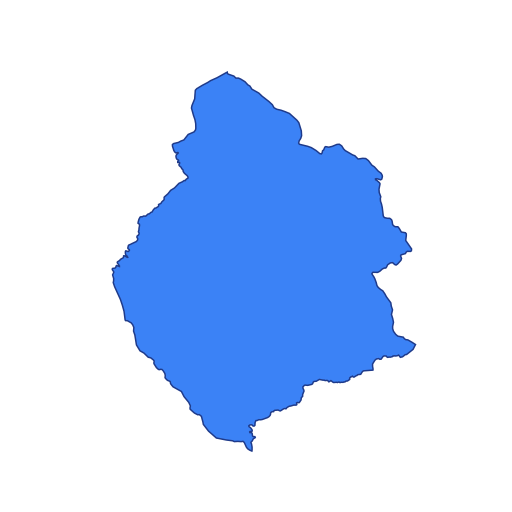 Xaysathan, Xaignabouri, Laos (Natural Earth projection), rotated 143°
{"feature_id": "54806243B87801553975082", "entity_name": "Xaysathan", "entity_type": "district", "adm_level": 2, "iso_a3": "LAO", "parent_name": "Laos", "parent_adm1": "Xaignabouri", "projection": "natural_earth1", "projection_center": [101.39, 19.388], "detail": "fine", "context": "isolated", "style": "filled", "palette": "blue", "viewbox_px": 512, "rotation_deg": 143, "n_neighbors": 0, "source": "geoboundaries", "source_scale": "gbopen_adm2", "svg_char_len": 6136}
<svg xmlns="http://www.w3.org/2000/svg" viewBox="0 0 512 512"><g transform="rotate(143 256 256)"><path d="M181.9,89.3L183.2,92.9L185.2,97.6L186.8,99.2L187.3,100.9L187.2,102.5L191.0,106.7L191.6,109.5L191.5,113.1L190.6,115.7L189.3,117.5L186.1,120.3L184.4,123.9L183.0,127.8L179.4,130.8L178.1,134.6L176.5,137.5L176.4,145.0L175.9,148.1L175.7,151.9L176.6,154.2L177.3,157.3L177.2,159.6L176.0,162.4L174.8,166.3L174.4,168.6L174.3,171.3L173.9,172.3L172.4,172.6L168.7,169.7L166.3,169.3L162.8,169.6L160.7,169.1L159.6,168.3L158.4,168.6L156.1,169.8L152.8,169.6L150.9,168.5L150.4,165.8L149.6,164.5L147.8,164.4L142.9,165.3L141.2,166.5L140.5,169.0L139.4,169.6L135.2,168.0L133.8,168.7L132.4,168.7L129.9,166.7L128.8,166.6L127.5,168.0L127.1,178.3L123.7,181.8L122.6,183.3L122.7,184.7L125.5,187.7L125.0,191.9L125.1,194.0L127.3,195.7L127.8,197.1L128.0,198.8L126.3,202.0L125.9,203.5L126.5,205.6L128.4,207.1L130.2,209.2L130.4,210.3L130.2,211.5L125.9,218.9L124.5,222.0L123.6,224.8L122.1,227.1L120.7,228.2L119.4,232.5L117.6,235.3L113.5,239.0L113.3,240.2L114.0,243.7L114.6,245.0L114.1,245.7L112.9,245.0L110.6,241.8L109.3,241.7L107.3,243.3L106.6,244.6L106.3,246.8L107.3,250.1L107.8,255.9L108.8,258.8L108.8,264.5L109.7,267.8L112.0,269.8L116.1,272.0L116.7,276.6L118.0,278.6L121.3,286.5L121.6,288.6L121.3,292.4L122.2,295.1L124.2,296.4L129.2,297.7L132.4,299.1L134.5,301.4L135.6,301.5L138.1,300.0L139.5,300.0L141.1,298.6L142.3,298.2L143.4,299.3L144.6,304.2L146.6,309.3L148.7,312.5L154.1,319.1L154.0,320.5L152.2,322.0L149.5,323.0L147.2,324.6L144.5,328.7L141.6,336.6L141.6,339.7L143.5,349.7L146.0,353.9L148.3,357.4L151.1,360.7L152.4,363.6L151.9,366.9L152.7,371.5L155.0,380.1L155.7,384.4L158.9,391.7L158.6,395.4L159.5,397.6L159.9,401.8L161.7,406.4L162.9,408.6L165.0,410.2L165.4,413.0L168.7,417.9L168.9,419.0L168.3,420.2L179.8,421.8L186.8,423.4L189.9,423.6L196.0,424.6L202.5,425.3L204.7,424.9L210.4,418.4L216.6,414.7L218.5,413.0L221.3,405.9L222.7,401.6L224.5,398.0L227.2,394.2L228.6,393.0L230.9,392.4L237.0,393.9L243.8,392.1L246.8,393.0L249.6,393.4L254.2,395.4L255.7,395.3L256.6,394.0L258.1,389.8L258.3,388.3L258.1,386.8L257.3,386.2L256.1,385.7L256.0,385.3L256.2,385.0L258.3,384.8L259.3,384.4L260.2,383.4L260.8,382.0L260.9,380.8L260.2,379.3L260.3,378.9L261.6,378.6L262.2,377.8L260.8,376.8L260.9,376.3L261.3,375.9L262.5,375.4L262.8,374.9L262.9,374.2L262.4,371.7L262.8,370.5L262.5,369.3L262.6,368.5L263.3,367.2L263.4,365.1L262.6,361.5L262.8,360.0L263.3,359.2L265.6,359.3L267.2,358.8L267.9,359.5L270.2,359.6L273.8,360.4L280.2,359.4L284.7,359.8L288.8,358.7L293.7,358.3L294.4,357.8L295.2,356.5L295.9,356.2L298.7,355.9L300.4,355.2L302.3,355.7L302.9,355.7L303.4,354.8L304.2,354.3L307.3,354.6L308.0,355.1L310.1,354.7L312.6,353.7L313.8,354.1L315.7,353.9L317.1,354.5L320.1,354.2L321.6,355.5L323.5,355.9L324.2,356.6L325.2,356.8L327.4,355.8L329.7,354.0L330.5,353.2L330.0,351.5L330.7,350.4L332.6,348.7L334.0,347.1L335.1,346.4L335.4,345.9L335.5,344.8L335.9,344.2L337.4,343.4L338.4,343.6L339.2,343.3L339.8,342.7L340.1,340.8L341.2,339.9L343.0,339.6L351.1,341.3L351.7,341.1L353.5,339.6L353.8,339.0L353.4,337.2L353.6,336.8L355.0,336.4L355.5,336.6L356.7,338.3L357.0,338.5L357.5,338.3L358.7,336.8L359.3,335.4L359.4,334.5L359.0,333.5L359.2,332.2L359.7,332.4L359.9,333.2L360.9,335.2L361.3,335.7L361.6,335.8L362.8,334.6L363.2,334.5L366.3,334.9L367.6,334.5L370.1,334.7L370.6,334.5L370.9,333.8L371.0,330.3L371.4,329.8L373.1,332.3L373.7,332.2L374.9,331.3L375.4,331.2L376.6,331.5L377.5,332.2L378.2,332.4L378.7,331.9L379.0,331.6L379.1,329.2L379.5,328.5L381.9,327.2L383.2,323.7L384.7,321.8L386.0,320.7L387.4,316.5L390.4,303.0L392.4,297.0L394.7,291.2L399.0,283.7L399.0,282.8L397.7,281.8L395.9,277.7L395.9,275.1L396.6,272.4L399.0,269.7L400.3,265.8L405.0,256.9L405.7,250.1L403.9,245.9L403.0,240.0L401.4,238.1L400.5,234.7L400.5,233.7L400.9,233.0L401.9,232.1L402.3,231.3L402.7,226.8L402.2,224.1L401.3,223.2L400.5,223.0L399.4,222.0L399.2,220.3L399.5,217.1L400.3,215.3L401.9,213.5L401.8,211.3L401.5,209.9L400.2,207.8L400.2,207.0L400.8,206.1L401.1,204.9L401.0,201.5L397.1,192.7L398.1,187.0L397.8,179.6L398.6,175.8L400.2,174.3L400.8,173.2L399.7,167.7L398.1,164.3L396.7,163.4L396.1,160.8L398.3,155.4L399.4,153.2L399.3,144.7L397.2,134.5L390.5,127.0L385.9,122.5L385.0,120.8L382.1,118.9L379.6,116.7L377.9,115.8L377.6,114.1L378.7,109.2L378.7,107.1L377.9,104.8L376.7,102.7L376.0,103.3L374.1,105.8L372.6,108.8L372.4,109.9L372.0,110.3L370.2,110.6L368.5,111.5L367.6,111.6L366.1,111.4L365.7,111.6L365.6,112.4L366.9,113.5L367.0,113.9L367.0,114.5L365.9,116.5L365.8,117.4L366.0,117.9L367.1,118.5L367.1,119.0L366.9,119.4L366.5,119.5L364.9,118.5L364.4,118.5L364.0,119.0L363.7,119.8L363.7,122.2L364.3,124.0L363.8,124.8L362.4,124.7L361.2,123.9L360.8,123.3L360.7,122.0L359.8,121.3L358.8,121.4L356.9,123.6L355.1,124.6L354.0,123.9L352.3,123.6L351.0,122.5L349.5,121.7L344.0,120.0L342.2,119.9L340.7,120.2L339.7,120.8L338.7,121.9L338.1,122.1L336.9,122.0L335.6,121.1L335.0,121.5L334.0,121.5L331.4,119.9L330.8,119.3L330.4,118.3L329.7,117.6L325.7,117.3L324.7,116.8L324.2,116.1L323.8,115.9L323.3,116.2L322.1,116.3L319.8,116.0L318.6,115.3L315.6,114.2L313.7,112.8L313.1,112.7L312.7,112.9L312.0,114.3L311.2,114.2L310.0,113.0L309.6,112.9L306.7,113.9L305.0,115.6L303.3,115.8L302.0,117.4L299.0,119.2L298.5,120.1L298.2,121.8L297.4,123.2L295.2,123.6L294.3,123.2L292.6,121.6L288.7,119.9L287.7,119.9L286.2,120.8L285.2,120.9L283.2,119.7L279.7,119.3L277.2,116.5L276.2,115.8L275.8,114.9L274.1,113.9L273.6,112.8L273.6,111.7L273.1,111.5L271.2,111.4L270.5,108.9L270.1,108.2L267.7,106.7L267.1,105.9L266.4,105.8L265.5,105.3L265.1,104.3L264.1,104.0L262.5,102.7L261.6,102.5L260.8,101.9L259.4,101.9L258.1,101.1L255.5,101.0L254.6,102.2L253.1,102.4L252.6,102.1L251.3,102.0L251.1,100.8L250.6,100.3L248.0,100.1L247.3,99.8L246.2,100.0L243.6,98.5L240.6,99.6L239.3,99.6L231.3,94.5L230.6,95.2L229.3,97.7L227.9,99.6L223.8,101.2L221.8,101.3L219.7,100.2L219.3,99.0L218.1,98.3L215.0,99.3L213.8,99.1L212.2,97.7L212.1,96.1L211.7,95.7L210.7,95.3L209.5,94.3L207.5,93.5L206.6,93.7L206.2,93.2L205.5,93.0L205.0,92.3L204.3,92.1L203.7,91.5L201.7,91.0L201.7,88.2L199.6,87.3L196.2,87.4L195.0,86.7L186.8,86.9L181.9,89.3Z" fill="#3b82f6" stroke="#1e3a8a" stroke-width="1.5"/></g></svg>